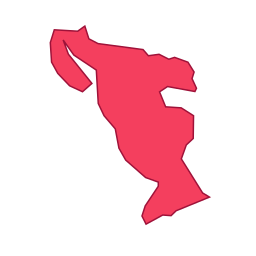 the District of Larne, rotated 193°
{"feature_id": "GBR-2095", "entity_name": "Larne", "entity_type": "District", "adm_level": 1, "iso_a3": "GBR", "parent_name": "United Kingdom", "parent_adm1": "", "projection": "natural_earth1", "projection_center": [-5.903, 54.904], "detail": "coarse", "context": "isolated", "style": "filled", "palette": "rose", "viewbox_px": 256, "rotation_deg": 193, "n_neighbors": 0, "source": "natural_earth", "source_scale": "10m", "svg_char_len": 733}
<svg xmlns="http://www.w3.org/2000/svg" viewBox="0 0 256 256"><g transform="rotate(193 128 128)"><path d="M88.8,38.4L94.6,45.4L93.7,56.0L85.4,78.0L86.3,82.1L99.7,83.7L123.0,96.2L132.3,106.3L140.2,124.3L154.1,134.6L162.5,145.2L171.9,177.3L197.2,186.9L211.0,199.2L202.7,186.5L173.2,163.3L180.5,153.1L194.4,156.0L208.7,165.4L217.3,175.0L222.9,193.7L221.9,207.1L198.8,211.0L193.0,217.6L186.2,206.1L176.2,203.5L131.0,207.8L124.4,203.0L114.3,206.8L103.7,204.2L98.5,207.3L84.4,205.6L76.2,197.4L76.7,190.5L70.2,182.1L71.0,178.6L98.8,177.3L105.4,170.3L96.1,157.1L80.7,159.6L66.9,154.7L62.1,132.5L67.4,124.6L69.1,109.9L40.7,81.5L33.1,79.0L62.5,58.2L66.3,52.3L74.6,51.0L88.8,38.4Z" fill="#f43f5e" stroke="#9f1239" stroke-width="1.5"/></g></svg>